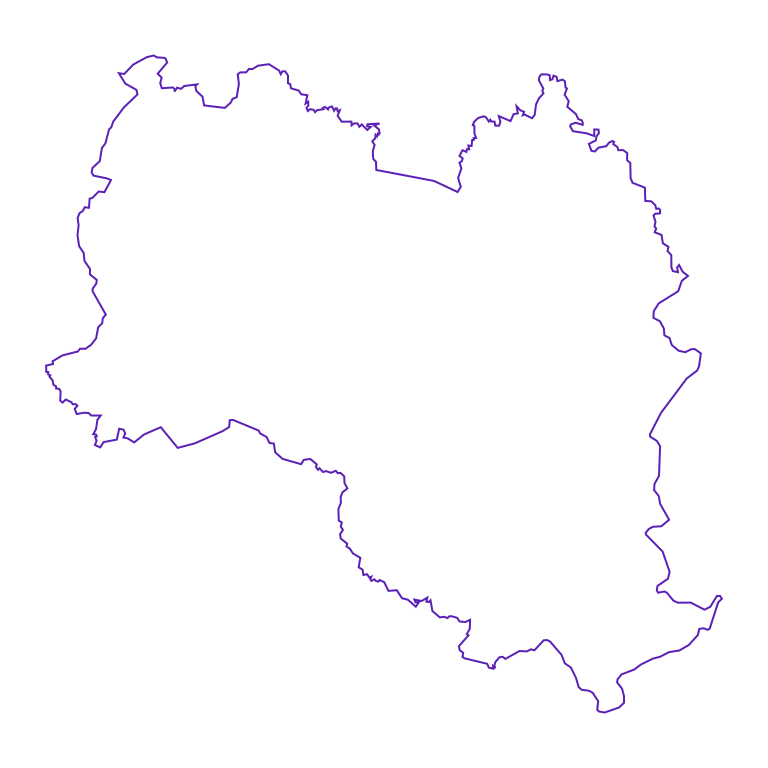 outline of Yahualica de González Gallo, Jalisco, Mexico
{"feature_id": "50627088B73068630585578", "entity_name": "Yahualica de González Gallo", "entity_type": "district", "adm_level": 2, "iso_a3": "MEX", "parent_name": "Mexico", "parent_adm1": "Jalisco", "projection": "orthographic", "projection_center": [-102.91, 21.123], "detail": "fine", "context": "isolated", "style": "outline", "palette": "violet", "viewbox_px": 768, "rotation_deg": 0, "n_neighbors": 0, "source": "geoboundaries", "source_scale": "gbopen_adm2", "svg_char_len": 5997}
<svg xmlns="http://www.w3.org/2000/svg" viewBox="0 0 768 768"><path d="M534.4,650.3L543.7,640.3L547.3,640.1L550.2,641.7L561.5,654.8L564.9,663.4L570.9,667.5L576.0,677.9L578.7,687.2L581.7,689.8L588.9,690.7L592.8,692.9L598.2,701.3L597.2,709.8L599.0,711.5L604.7,712.5L619.1,707.5L624.0,702.8L624.0,696.1L622.1,688.8L617.1,682.4L617.5,679.4L621.7,674.3L634.3,669.5L640.8,664.6L652.7,658.7L660.2,656.7L669.1,652.1L679.3,650.5L688.8,645.0L697.8,635.1L699.3,628.9L703.6,628.3L707.7,629.8L709.7,628.6L718.2,602.3L721.9,598.7L720.1,596.0L716.9,596.0L710.3,606.8L704.5,609.7L690.8,602.6L677.7,602.7L673.4,600.6L666.6,592.5L664.4,591.5L658.1,592.7L656.8,590.3L657.5,585.9L668.0,578.7L669.6,571.8L662.6,551.5L646.0,534.6L645.7,532.8L649.0,528.8L652.9,526.8L661.4,526.2L669.1,519.8L660.2,504.0L658.7,495.9L654.1,490.1L654.5,483.9L659.0,475.9L660.1,446.2L656.8,440.9L650.2,436.7L649.9,434.4L661.1,412.7L686.8,378.4L697.1,370.6L699.0,366.4L700.9,353.4L694.9,349.1L691.3,349.2L685.3,352.2L678.6,350.7L671.8,345.0L669.5,338.0L664.4,335.4L663.9,328.6L659.9,321.3L653.4,317.8L653.8,311.1L658.7,303.4L678.2,291.2L681.9,280.7L688.0,275.9L682.7,271.8L679.1,265.0L677.1,267.5L678.0,272.2L672.9,271.1L671.4,267.4L671.3,255.2L667.5,251.0L668.5,246.9L662.9,243.3L661.5,234.9L654.7,232.3L656.2,228.6L654.5,226.4L655.5,221.6L653.5,215.6L655.1,213.8L660.0,213.4L660.2,210.0L658.7,208.5L656.3,208.9L655.2,205.1L651.2,201.3L645.3,201.0L644.9,187.7L632.5,182.8L630.6,178.0L630.3,163.1L627.1,160.1L627.2,153.0L623.2,150.1L618.3,150.2L617.4,147.0L613.3,144.2L614.1,142.0L612.7,141.0L608.9,142.7L606.3,146.2L598.6,147.6L594.8,151.5L591.4,150.8L588.9,143.9L595.8,140.4L596.6,136.0L598.9,133.2L598.5,129.6L594.3,129.4L594.2,136.0L586.6,133.3L572.9,131.2L570.1,126.2L570.9,124.4L575.7,122.7L582.6,124.9L582.9,123.2L581.8,120.3L578.3,119.1L575.9,114.0L567.3,106.8L568.7,101.1L564.6,94.7L566.9,88.5L565.5,87.4L564.9,81.3L562.6,79.6L557.4,81.1L556.6,76.8L553.5,75.7L552.4,79.3L550.1,80.1L549.7,75.3L547.3,74.4L541.2,74.4L539.3,77.1L538.9,80.2L543.3,88.5L542.3,90.9L543.5,93.3L538.9,98.4L536.1,104.2L534.6,115.0L532.1,118.3L524.5,114.5L522.8,115.2L524.1,111.8L520.4,110.3L516.6,106.2L517.8,113.4L513.6,114.2L510.5,121.1L498.8,116.1L500.4,121.9L499.1,125.7L495.3,125.6L494.5,121.6L491.1,121.5L490.3,119.8L488.8,121.5L485.9,117.2L483.7,116.3L478.2,118.0L474.2,121.7L472.8,125.1L474.3,125.7L474.5,133.8L476.1,137.9L473.7,138.1L474.0,139.7L472.2,139.9L471.6,146.0L468.4,145.5L469.2,149.3L467.0,149.1L466.4,151.9L462.5,150.2L459.5,155.9L462.7,158.4L461.9,161.1L459.5,162.7L461.4,168.4L458.1,177.9L460.8,186.9L457.6,192.0L433.9,180.9L376.3,170.0L376.0,161.8L373.4,159.1L373.0,156.3L372.8,151.2L374.6,144.9L372.3,141.3L375.2,138.4L375.6,134.8L377.0,136.4L377.9,133.6L378.8,134.5L379.6,133.3L379.0,129.5L374.2,125.4L379.6,123.5L367.4,124.3L367.2,126.3L370.7,126.9L367.3,130.0L361.8,124.4L359.4,126.8L357.5,123.4L354.1,123.4L351.6,125.4L351.4,121.6L341.7,121.7L337.6,115.7L339.8,110.2L337.6,111.2L337.0,108.4L335.6,108.3L334.1,110.8L332.0,106.4L328.5,107.6L328.0,109.4L324.9,106.9L322.8,108.0L323.5,109.2L317.0,110.2L315.1,112.2L313.6,109.8L309.9,109.2L307.9,111.0L306.5,107.8L308.4,105.5L308.2,101.7L305.6,103.6L307.3,95.2L301.2,94.3L298.8,90.6L291.0,88.3L290.2,84.1L288.0,83.3L288.0,75.5L285.1,71.3L282.4,71.3L280.8,74.2L279.0,70.5L268.9,64.2L258.0,65.7L252.6,69.0L248.9,69.0L246.2,72.3L240.3,72.4L237.7,74.3L238.9,83.9L236.7,97.2L232.5,98.9L230.8,102.5L224.9,107.9L204.1,105.4L202.5,96.7L196.3,90.9L195.4,86.1L197.0,84.4L184.3,86.0L181.1,88.8L177.1,87.7L174.5,91.6L174.8,89.5L173.0,87.5L161.8,88.2L160.2,83.1L161.7,77.6L157.7,73.7L167.2,62.5L165.5,58.4L163.9,57.8L157.0,57.4L153.7,55.5L146.7,57.2L133.3,64.5L124.2,74.0L118.9,73.2L125.3,83.6L136.4,89.8L137.5,94.4L123.8,107.5L113.1,121.8L111.3,127.3L109.1,129.3L105.4,143.3L101.9,148.1L99.8,161.1L92.5,167.9L91.6,172.2L93.4,175.6L106.5,178.3L110.9,179.9L110.6,180.8L104.4,192.2L98.7,191.5L92.4,197.9L89.6,198.7L89.0,207.8L84.8,207.2L82.8,211.0L79.6,213.1L77.6,218.0L78.6,225.2L77.5,234.9L79.1,246.1L83.6,252.8L84.5,260.9L90.0,269.0L89.9,274.4L96.8,280.0L96.3,283.5L92.7,288.6L92.6,291.3L105.8,314.6L102.8,318.2L102.2,323.2L98.2,327.2L96.1,338.3L91.0,344.9L85.4,348.8L80.1,348.7L77.8,351.5L62.4,355.4L52.6,361.3L53.0,364.0L46.1,365.6L46.3,371.9L48.3,372.1L48.1,374.3L50.3,375.4L49.5,376.8L52.5,380.2L53.4,384.7L56.1,386.4L56.1,388.5L59.3,388.9L60.6,391.5L60.2,400.6L62.6,402.6L65.8,399.5L71.4,402.2L72.6,404.2L75.8,404.2L77.4,405.7L74.7,408.9L76.7,414.0L84.3,412.7L88.8,413.1L91.2,415.5L100.7,415.5L97.4,419.8L96.0,429.2L93.3,434.2L95.9,434.5L96.8,436.2L95.1,437.0L96.6,440.8L94.9,445.0L100.2,447.4L103.6,442.1L116.8,439.6L119.2,428.7L123.5,429.7L125.3,433.5L123.4,437.5L127.7,438.4L134.2,442.4L144.0,434.5L160.8,427.2L177.7,447.9L194.7,443.4L222.5,431.2L229.1,427.1L229.8,420.2L232.9,419.9L258.6,430.5L260.1,433.4L266.6,437.0L269.4,442.9L273.8,443.6L275.2,452.3L282.6,458.9L301.1,464.2L303.8,459.8L310.3,459.0L316.8,464.4L315.9,466.8L318.0,469.8L319.5,468.3L323.0,472.0L326.1,471.1L331.0,472.8L335.8,470.8L337.8,473.2L340.5,472.9L344.2,476.3L344.5,483.0L347.4,488.4L342.5,492.3L340.7,496.8L340.9,502.8L338.4,508.9L338.8,520.6L341.8,522.5L340.8,526.7L342.9,529.9L340.1,534.2L340.7,538.5L347.2,543.7L346.5,546.5L349.9,548.7L353.0,553.5L360.3,557.8L358.7,567.3L362.6,569.7L363.4,575.0L367.1,574.2L369.3,577.5L371.3,576.7L370.3,579.3L371.4,580.9L374.4,579.3L375.9,581.0L378.3,581.6L379.6,580.0L384.1,582.1L388.5,590.9L396.7,590.2L402.1,598.3L407.9,599.7L415.8,606.7L418.9,602.2L415.5,602.3L414.4,599.6L421.7,601.0L427.3,597.6L426.4,601.7L428.8,602.0L430.5,600.3L432.4,611.0L439.8,617.4L444.5,616.8L447.4,618.1L449.5,616.2L452.4,616.4L457.2,617.9L459.5,621.4L465.1,622.1L470.1,619.8L469.8,628.7L466.8,634.2L468.5,635.3L458.9,646.2L459.7,650.2L463.2,652.8L462.5,657.0L464.8,658.4L487.2,663.8L488.8,667.6L493.3,668.7L493.1,666.1L495.3,668.2L494.4,665.6L495.3,662.1L499.4,657.3L502.7,656.8L505.4,658.9L519.5,651.0L526.9,651.4L530.9,649.3L534.4,650.3Z" fill="none" stroke="#5b21b6" stroke-width="2"/></svg>